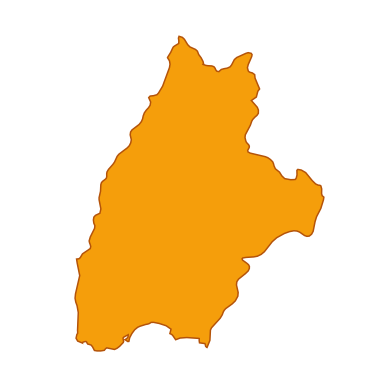 map outline of Nghệ An (Robinson projection), rotated 84°
{"feature_id": "VNM-475", "entity_name": "Nghệ An", "entity_type": "Province", "adm_level": 1, "iso_a3": "VNM", "parent_name": "Vietnam", "parent_adm1": "", "projection": "robinson", "projection_center": [104.899, 19.281], "detail": "fine", "context": "isolated", "style": "filled", "palette": "amber", "viewbox_px": 384, "rotation_deg": 84, "n_neighbors": 0, "source": "natural_earth", "source_scale": "10m", "svg_char_len": 3422}
<svg xmlns="http://www.w3.org/2000/svg" viewBox="0 0 384 384"><g transform="rotate(84 192 192)"><path d="M207.2,63.3L209.3,62.9L210.9,61.4L213.6,62.1L221.8,65.6L229.6,70.7L234.3,72.7L243.7,75.6L246.5,77.5L248.1,80.0L248.1,82.4L247.0,84.7L243.1,89.2L241.8,91.7L241.2,94.7L241.6,99.2L242.9,104.5L246.3,112.5L249.8,117.4L259.0,126.3L261.3,129.8L262.7,133.7L263.0,137.5L262.7,145.1L262.9,148.3L263.7,149.2L265.1,148.8L268.6,144.9L270.2,143.4L272.0,142.7L274.1,143.0L276.4,144.4L278.6,147.2L283.5,154.8L285.9,156.8L289.1,157.5L296.7,156.6L300.4,157.3L304.8,160.3L307.4,163.6L311.5,170.7L313.1,172.4L314.9,173.6L317.2,174.7L320.4,177.1L329.1,186.8L331.2,188.1L341.4,189.7L348.2,193.3L348.0,193.7L346.8,194.6L345.3,194.7L344.1,195.0L342.8,200.3L340.7,200.4L338.5,200.1L338.2,201.1L336.2,212.4L336.0,219.1L337.2,223.7L333.1,225.9L331.6,227.0L330.5,228.8L326.2,227.2L322.3,231.7L319.3,238.4L317.6,243.9L317.4,246.3L318.3,248.0L318.7,249.6L318.9,252.0L320.1,257.9L320.9,260.2L323.0,263.4L326.5,266.6L330.4,269.2L334.0,270.4L334.0,271.5L331.8,274.1L331.1,272.5L330.2,271.3L328.9,270.6L327.3,270.4L329.0,274.6L329.5,275.5L330.6,275.9L333.3,275.6L334.5,276.1L337.9,280.1L339.6,282.9L340.5,285.5L338.1,293.1L338.8,294.3L340.3,295.8L340.5,299.3L340.1,303.1L339.4,305.6L335.6,307.1L333.7,308.3L332.9,310.0L332.4,311.5L331.4,312.1L330.3,312.4L329.6,313.1L329.6,314.3L329.9,315.8L330.3,317.0L330.7,316.9L328.3,321.3L325.3,322.6L321.7,321.4L320.6,320.5L318.6,320.3L317.7,320.3L300.0,317.7L293.0,318.2L289.3,319.1L285.4,319.4L281.1,318.5L263.4,312.4L250.8,313.6L246.6,313.8L246.6,311.5L245.6,310.0L242.1,307.4L237.6,299.1L235.6,298.4L233.7,298.7L231.8,299.2L229.9,299.4L226.0,297.8L218.0,292.7L215.4,292.1L212.7,292.9L209.5,293.0L206.7,292.2L205.1,290.4L203.5,285.8L199.3,284.4L190.1,285.2L187.9,285.0L181.7,282.9L175.2,281.9L173.3,281.1L172.1,279.9L170.2,276.8L169.4,275.8L167.8,275.2L164.7,274.9L163.1,274.4L160.7,272.6L156.3,267.8L154.1,265.9L148.7,262.7L146.8,260.8L141.3,251.7L139.4,249.5L136.7,247.8L133.7,246.9L128.7,247.5L125.9,246.8L123.9,245.1L119.3,237.5L116.6,234.9L114.1,233.5L111.3,232.6L108.3,231.1L105.8,228.9L103.7,226.5L101.4,224.6L98.2,223.7L93.6,225.2L92.2,223.6L92.2,220.3L91.6,216.7L90.0,214.9L83.6,210.1L65.9,201.4L62.6,200.5L59.2,200.7L55.9,202.3L55.7,202.3L50.9,198.6L46.9,196.2L45.8,195.4L45.0,194.1L42.9,189.7L40.4,189.3L37.5,189.4L35.8,188.6L37.2,185.4L39.3,183.6L45.0,180.9L47.5,178.9L50.6,173.6L52.5,171.9L55.9,171.0L59.5,168.9L63.3,167.4L65.6,167.1L66.1,167.8L66.2,167.7L67.5,165.1L68.0,163.3L68.7,159.1L69.7,157.1L71.3,156.1L73.0,155.6L74.4,154.8L75.1,152.7L73.2,150.1L72.7,147.1L72.5,144.0L71.5,141.0L69.7,139.3L64.7,136.0L62.9,133.4L59.7,123.8L59.3,121.5L60.3,118.6L61.7,117.9L63.6,118.5L71.2,122.8L74.2,123.9L77.5,123.4L78.8,122.3L79.9,119.5L81.0,118.3L81.8,117.4L85.3,117.4L92.0,115.4L96.6,114.0L98.7,116.0L104.3,118.1L107.2,123.4L114.6,118.2L117.5,117.4L120.7,117.8L122.6,119.4L124.1,121.6L126.3,124.1L127.7,125.1L131.7,127.0L140.7,133.0L143.4,133.6L147.2,133.1L148.6,132.5L151.0,130.7L152.4,130.2L153.8,130.5L156.5,132.3L158.0,132.1L159.4,130.1L164.5,115.5L165.8,113.0L167.9,110.6L170.4,108.6L172.4,108.0L174.5,107.7L177.6,106.7L181.4,102.9L185.3,101.0L188.4,98.4L190.1,92.6L190.3,89.6L190.3,87.9L189.1,86.9L186.1,85.8L181.4,85.4L180.6,84.4L181.6,81.0L184.6,76.9L193.3,71.2L196.9,68.2L198.4,65.7L198.7,64.1L199.4,63.2L202.5,62.7L207.2,63.3Z" fill="#f59e0b" stroke="#b45309" stroke-width="1.5"/></g></svg>